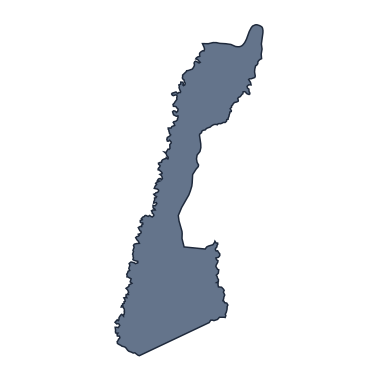 outline of Itajá, Goiás, Brazil, rotated 252°
{"feature_id": "56859067B48253804487998", "entity_name": "Itajá", "entity_type": "district", "adm_level": 2, "iso_a3": "BRA", "parent_name": "Brazil", "parent_adm1": "Goiás", "projection": "albers", "projection_center": [-51.232, -19.14], "detail": "fine", "context": "isolated", "style": "filled", "palette": "slate", "viewbox_px": 384, "rotation_deg": 252, "n_neighbors": 0, "source": "geoboundaries", "source_scale": "gbopen_adm2", "svg_char_len": 6028}
<svg xmlns="http://www.w3.org/2000/svg" viewBox="0 0 384 384"><g transform="rotate(252 192 192)"><path d="M331.1,300.9L330.0,299.2L327.0,296.1L320.5,291.0L317.8,288.3L316.4,286.2L315.7,284.7L315.5,283.7L315.5,282.1L316.0,280.4L316.9,278.4L320.3,274.6L322.6,269.9L324.8,264.3L326.6,261.2L327.6,258.2L328.0,253.3L329.9,247.8L326.0,248.2L324.0,248.1L322.5,247.0L323.0,246.0L322.7,244.2L321.9,242.5L321.2,241.9L318.6,241.3L318.7,239.2L318.2,237.6L317.4,236.7L316.3,238.3L314.2,239.1L312.8,239.9L312.5,238.9L312.9,238.0L314.1,237.2L315.3,235.9L315.1,234.9L314.0,233.8L312.5,233.7L311.5,233.3L310.4,232.3L308.8,230.3L308.7,225.9L309.0,224.4L308.2,223.6L306.1,219.2L304.8,218.8L303.5,218.1L302.5,218.1L301.2,219.0L299.1,218.8L297.6,219.2L296.1,218.3L295.8,216.8L296.6,216.4L297.4,217.1L298.3,217.3L299.4,216.8L300.0,215.3L298.0,214.5L297.9,212.6L296.1,212.5L295.2,211.9L292.6,212.0L291.3,212.3L290.2,211.7L290.7,210.3L290.1,208.8L292.1,207.7L292.1,203.7L291.5,202.9L290.1,203.2L289.4,204.0L289.4,206.5L288.8,207.4L287.5,207.4L286.4,206.6L284.7,206.2L282.9,203.6L281.9,202.5L281.2,201.0L279.2,200.8L278.6,202.4L278.0,203.2L276.6,203.6L275.1,204.4L273.0,203.2L272.5,201.7L273.4,201.6L274.4,200.6L274.9,199.5L274.3,198.3L271.1,198.3L268.9,200.5L268.7,202.1L267.2,201.8L266.3,200.9L265.2,200.5L264.3,198.5L264.5,196.4L264.0,195.6L262.5,196.1L260.6,196.1L260.5,193.1L259.3,191.8L260.2,189.1L259.0,188.8L257.8,189.1L256.6,188.8L255.6,188.9L254.6,188.7L252.9,189.4L252.0,187.8L251.5,185.4L249.8,184.3L248.0,184.3L247.6,185.5L248.2,186.7L246.2,187.6L245.2,187.5L243.9,185.5L240.3,184.5L239.6,183.5L240.2,182.5L238.8,180.8L237.6,179.7L238.5,178.1L236.5,179.2L234.2,179.3L232.5,180.1L231.5,179.9L230.9,179.3L232.7,178.1L231.9,177.5L232.0,176.1L231.7,173.8L231.0,172.9L229.7,172.2L230.0,171.0L229.8,169.0L228.8,168.8L227.0,169.8L225.8,169.0L225.1,167.6L224.3,166.8L223.4,166.7L223.0,167.8L222.1,168.1L221.2,168.8L219.7,169.4L218.8,169.2L218.7,166.9L217.6,167.7L216.2,168.2L213.9,168.0L213.2,167.0L214.6,166.1L214.9,164.8L214.5,163.7L213.4,162.5L212.4,164.3L212.1,161.5L211.5,160.1L210.2,160.7L208.9,158.7L207.1,157.2L205.5,159.9L204.4,160.7L203.4,160.7L202.3,159.2L202.5,157.5L201.9,156.8L201.7,154.9L199.9,155.6L198.5,156.9L197.7,156.0L197.9,154.5L195.9,154.0L194.6,152.7L193.3,152.1L193.0,154.8L191.9,155.0L191.2,154.2L190.3,152.7L191.4,150.8L189.5,150.2L188.5,150.3L187.4,151.3L186.3,151.5L187.0,149.1L186.6,147.6L185.2,148.0L184.3,147.6L183.3,148.3L182.4,148.6L181.3,148.4L180.5,146.5L181.4,145.4L182.8,144.5L182.3,142.7L184.0,140.9L184.1,139.9L183.4,139.0L183.4,137.6L182.3,135.6L181.0,136.1L180.9,134.0L179.3,133.5L178.3,134.2L177.8,135.5L176.7,135.4L176.2,134.0L174.7,133.4L175.3,132.3L174.8,129.9L171.2,130.5L170.5,131.3L169.3,131.2L168.4,130.2L168.4,127.9L167.2,128.5L166.6,127.5L166.6,125.5L166.0,124.3L163.4,124.9L161.9,125.7L159.4,126.1L160.1,123.3L160.2,121.1L159.3,119.8L157.3,119.9L154.7,117.8L153.5,118.0L151.2,116.2L150.2,116.4L148.7,116.0L147.5,116.0L146.0,114.9L144.7,116.0L142.8,119.0L141.4,118.6L141.3,116.1L142.6,115.1L144.3,112.4L143.4,110.1L141.4,110.2L138.9,108.3L136.6,108.5L136.4,106.7L134.9,105.7L134.0,104.5L132.7,104.5L131.4,103.9L131.0,104.7L128.2,107.3L125.7,105.4L123.7,106.7L123.1,103.3L122.0,103.0L121.5,102.0L120.8,99.5L118.6,100.6L116.2,100.7L115.2,99.5L114.2,99.8L114.8,97.7L113.3,97.0L111.7,97.3L112.2,96.1L112.4,94.5L110.5,94.9L108.7,94.7L108.6,93.4L107.1,93.1L107.0,91.4L105.7,91.2L105.7,90.0L104.5,89.1L103.9,91.1L102.9,91.0L102.1,91.4L100.3,91.2L99.6,90.6L98.7,90.8L98.0,90.2L96.9,89.9L96.5,89.0L95.1,88.5L97.4,87.4L97.0,86.2L95.2,83.9L92.8,82.8L92.4,82.0L93.6,81.4L91.9,78.5L89.7,79.7L89.7,81.0L89.0,81.7L87.5,82.1L85.8,80.0L86.6,78.7L87.1,77.1L84.1,76.6L83.1,76.1L81.6,75.8L81.1,76.5L80.6,77.9L79.7,76.7L78.1,76.5L77.3,78.4L75.8,78.4L75.0,77.7L74.8,76.7L73.4,75.6L72.9,74.6L71.0,74.3L69.5,75.5L68.2,76.9L67.0,77.7L65.5,80.1L64.1,81.0L61.4,81.9L60.0,82.8L58.4,84.9L57.0,86.3L56.8,87.9L53.6,90.1L52.6,91.3L62.5,168.0L64.3,170.2L63.7,172.1L62.9,173.1L62.9,176.7L63.3,177.6L64.4,179.4L63.0,183.7L62.4,184.8L64.0,186.0L65.5,185.9L67.1,187.5L69.7,189.1L72.3,190.1L73.4,191.2L75.6,190.7L76.7,188.8L78.4,188.6L79.0,187.8L80.5,189.0L82.3,189.9L83.9,191.3L87.1,190.9L88.5,192.2L89.8,191.9L92.3,190.7L93.6,187.8L95.8,188.1L97.6,188.8L98.2,187.5L98.7,189.4L100.6,190.1L102.1,189.6L103.4,189.8L105.4,189.4L106.6,191.9L109.8,193.4L110.6,192.4L113.8,191.7L114.9,192.3L117.3,194.8L118.7,195.5L119.8,194.5L120.9,194.3L121.9,194.4L121.7,196.8L122.2,197.8L123.0,198.8L124.6,199.3L126.3,198.6L128.2,198.2L128.4,196.8L129.3,196.5L130.5,196.5L131.5,197.6L132.1,198.7L133.4,199.2L134.4,200.4L135.5,200.6L136.0,199.2L138.1,198.6L137.2,198.0L135.4,195.6L135.5,191.0L135.2,189.0L133.7,186.9L142.2,167.5L150.8,168.1L155.5,169.8L157.6,170.3L168.5,170.7L173.9,171.7L180.5,177.4L190.2,188.1L193.6,190.8L197.6,193.6L200.6,195.0L208.4,198.0L212.5,203.0L214.2,205.8L215.7,206.6L218.6,206.0L222.1,206.5L225.5,208.2L228.1,212.1L231.4,214.1L235.1,215.2L243.4,216.6L244.6,217.1L245.5,219.4L246.7,220.0L247.2,221.5L247.0,224.0L247.8,225.0L248.1,226.4L248.1,229.3L248.9,231.1L249.4,233.7L248.9,235.8L248.1,236.8L248.8,237.9L248.7,238.9L248.1,240.3L248.2,242.1L248.5,243.1L247.9,245.1L248.7,246.7L250.1,247.4L250.0,248.8L251.2,249.3L252.5,250.5L254.2,251.4L255.2,252.3L256.3,252.6L256.4,254.2L257.3,254.6L259.4,254.0L260.5,255.9L261.7,256.2L262.3,257.6L263.1,258.3L264.0,260.0L263.8,262.2L264.0,263.9L264.9,264.4L266.7,264.3L267.6,265.5L267.8,267.4L269.5,269.8L269.7,270.7L271.5,271.6L271.1,273.2L270.4,273.9L269.4,274.1L268.4,274.7L267.1,276.4L267.4,277.3L268.4,277.6L270.0,277.3L272.3,277.9L273.6,276.9L275.5,277.0L276.4,279.0L275.6,281.3L278.3,281.5L281.5,280.6L281.9,281.7L281.4,283.2L281.5,287.1L282.7,288.0L286.9,288.6L289.5,289.7L292.4,291.5L292.6,292.7L293.7,294.2L295.5,294.9L296.3,296.0L297.0,297.4L297.3,299.4L301.7,300.4L306.3,302.8L311.3,303.7L321.4,308.6L323.7,309.4L325.9,309.7L327.0,309.6L328.0,309.0L329.3,307.8L330.7,305.9L331.3,304.6L331.4,303.5L331.1,300.9Z" fill="#64748b" stroke="#1e293b" stroke-width="1.5"/></g></svg>